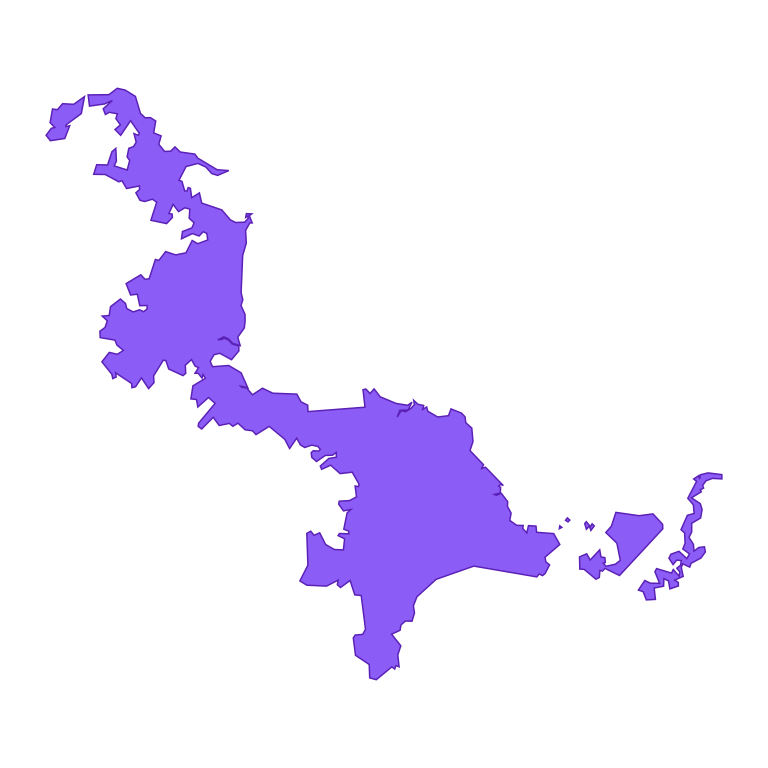 Chiriquí Grande, Bocas del Toro, Panama
{"feature_id": "35544464B7059792376072", "entity_name": "Chiriquí Grande", "entity_type": "district", "adm_level": 2, "iso_a3": "PAN", "parent_name": "Panama", "parent_adm1": "Bocas del Toro", "projection": "albers", "projection_center": [-82.202, 9.003], "detail": "fine", "context": "isolated", "style": "filled", "palette": "violet", "viewbox_px": 768, "rotation_deg": 0, "n_neighbors": 0, "source": "geoboundaries", "source_scale": "gbopen_adm2", "svg_char_len": 6110}
<svg xmlns="http://www.w3.org/2000/svg" viewBox="0 0 768 768"><path d="M88.1,94.9L89.5,106.1L104.4,104.0L112.3,100.5L103.2,108.8L105.4,114.5L109.3,112.3L117.4,113.8L115.9,118.6L120.4,124.9L115.0,129.5L120.7,135.3L130.6,120.7L139.4,133.5L138.2,135.3L134.0,133.6L136.2,142.2L133.5,146.6L128.8,148.3L127.1,156.9L129.7,160.4L127.2,170.0L114.2,165.9L116.4,161.2L115.8,148.4L111.9,151.8L107.6,165.0L96.7,164.7L93.7,174.3L105.2,174.5L118.8,181.8L122.0,180.8L126.6,188.5L139.4,186.0L139.6,189.4L135.9,192.8L140.0,200.3L144.6,201.5L152.4,199.2L156.7,202.2L150.9,220.3L166.6,223.6L172.4,217.5L172.2,214.1L168.9,213.5L173.1,204.4L178.5,211.6L184.9,207.8L189.8,209.1L189.2,218.3L194.1,222.8L191.9,227.9L182.5,231.5L181.5,238.8L192.4,233.6L199.1,236.0L203.2,231.7L206.9,233.5L207.7,240.0L197.8,243.7L192.2,240.5L186.0,252.8L175.7,254.9L165.6,251.6L158.9,260.4L155.4,259.5L149.1,278.8L145.0,279.3L140.8,274.8L126.1,283.6L130.6,295.0L137.3,294.2L139.8,305.7L147.0,305.5L147.2,308.8L143.7,311.7L139.6,309.8L133.2,311.9L126.8,308.6L125.5,303.5L120.4,299.0L110.5,306.7L109.2,315.5L102.2,316.1L107.3,320.8L105.0,327.5L99.9,331.2L100.2,337.6L114.9,340.1L117.0,345.2L123.4,350.4L117.3,354.3L109.3,352.4L101.9,361.8L111.8,374.2L112.8,378.6L116.2,377.0L115.6,372.8L131.6,383.5L131.9,387.7L135.5,386.8L141.5,377.9L148.6,388.6L154.0,382.6L153.6,375.9L163.3,360.2L165.9,360.6L168.7,369.0L183.0,375.6L185.7,373.4L185.3,365.2L191.5,359.6L195.1,366.1L198.5,367.6L195.0,373.3L198.2,373.3L202.0,378.1L203.0,374.5L205.4,378.3L192.9,385.9L190.9,398.9L196.5,399.5L197.8,407.0L208.5,397.5L215.1,403.4L198.6,423.2L198.2,426.4L201.7,429.0L213.2,417.3L219.2,425.5L229.3,423.4L232.8,426.3L238.0,423.2L245.1,429.8L252.5,430.8L256.0,434.6L269.2,426.4L284.8,439.3L289.6,448.5L296.7,438.2L300.3,444.8L304.7,447.5L311.8,445.1L317.9,446.5L320.3,449.4L318.8,451.1L313.3,450.7L311.2,452.7L311.8,457.4L316.5,461.5L325.4,455.4L332.5,455.2L336.2,452.5L336.4,457.2L328.9,458.4L320.3,466.1L321.6,469.3L330.7,465.2L340.1,473.6L352.2,472.2L359.1,484.3L358.4,486.6L355.1,486.0L356.5,496.9L349.5,500.6L339.2,501.2L338.7,504.2L343.5,510.9L350.9,509.5L347.1,512.9L343.8,529.2L348.6,531.1L348.8,533.8L339.4,533.5L338.1,535.6L344.6,538.8L343.4,549.9L334.3,549.5L325.6,544.5L319.7,532.8L314.1,535.3L310.7,531.2L306.8,533.4L307.9,565.2L299.9,580.9L306.8,585.2L326.5,586.1L338.2,580.1L337.3,584.7L340.5,587.5L350.1,580.5L354.8,594.9L361.2,595.5L365.5,629.2L362.7,634.4L355.2,635.0L353.3,638.0L355.5,655.3L369.2,664.5L369.7,677.9L376.3,679.7L391.8,666.9L394.7,669.0L396.0,665.6L399.1,666.8L397.8,654.9L400.8,645.8L391.6,634.2L400.1,630.2L400.9,625.0L405.4,621.0L412.0,621.2L414.5,612.9L413.4,605.9L416.9,596.8L436.2,579.3L473.8,566.1L536.8,576.9L539.2,574.0L542.6,575.6L545.1,573.5L549.6,564.9L545.9,561.9L545.0,557.2L559.8,544.5L553.7,533.6L536.6,532.3L536.0,526.1L528.5,525.6L526.8,532.9L522.7,528.4L523.2,525.5L516.7,525.3L509.8,520.4L511.1,513.1L507.4,506.3L507.7,501.7L501.3,493.3L496.4,495.3L494.4,494.4L500.3,493.0L500.6,487.3L498.7,486.2L500.5,484.4L503.3,485.6L485.5,467.2L481.7,468.4L483.5,464.7L470.0,450.6L473.0,441.5L471.8,428.1L465.8,422.7L465.0,416.8L461.5,413.1L451.0,408.9L448.5,415.7L437.7,417.0L427.9,411.3L426.6,407.0L422.7,409.4L423.7,405.5L417.8,404.2L413.7,400.3L414.4,404.6L411.0,408.3L405.7,411.7L401.1,410.7L397.2,417.1L399.8,410.3L408.1,410.0L412.0,402.2L407.7,405.3L396.0,403.4L380.2,396.8L374.1,388.9L370.1,393.5L365.8,389.0L363.0,389.7L365.0,407.2L308.0,411.6L307.7,405.2L301.0,401.8L296.8,394.1L272.7,393.2L262.5,388.2L252.5,394.8L246.5,387.8L241.9,387.4L240.7,386.2L246.4,387.5L248.4,389.2L241.1,372.8L228.7,365.5L212.5,366.7L210.2,361.3L214.0,354.7L219.8,353.3L231.5,359.7L238.9,350.9L238.8,345.9L232.2,344.0L228.4,340.0L223.8,338.0L222.4,339.3L217.8,339.8L223.9,336.8L228.7,339.1L232.6,343.3L240.2,345.6L237.7,337.2L244.3,328.0L245.1,321.5L245.0,314.3L241.0,305.5L242.8,299.7L241.1,292.6L242.7,255.4L246.3,243.1L245.6,230.4L249.8,222.9L252.2,222.9L249.3,215.7L251.7,213.9L246.4,213.6L245.7,217.4L247.7,216.1L248.3,218.2L244.7,222.2L235.6,222.5L230.4,219.9L221.8,209.9L201.7,203.1L199.4,192.9L191.7,197.7L190.4,188.3L188.2,187.6L187.0,190.9L184.7,191.0L182.0,181.4L179.0,180.3L186.0,166.6L197.9,163.4L205.8,167.0L211.8,173.6L217.6,175.4L228.8,170.6L217.1,169.7L197.7,158.1L194.9,154.1L180.2,152.0L175.0,146.9L170.7,151.2L164.6,151.4L158.8,144.3L161.1,135.9L153.7,132.9L155.7,121.0L150.4,117.6L145.1,117.8L140.4,113.3L135.4,96.4L125.0,90.0L117.2,88.3L108.9,94.7L88.1,94.9ZM639.1,515.7L615.9,512.4L611.4,526.2L605.8,532.5L616.9,543.2L620.3,560.4L615.3,564.2L606.1,566.3L603.2,563.1L605.3,562.5L604.9,557.6L601.0,557.0L599.7,549.8L590.2,560.0L586.7,553.8L579.5,556.9L579.8,569.1L584.1,569.3L595.9,579.2L599.3,577.5L599.9,570.4L602.4,571.1L605.0,568.4L619.5,575.5L662.8,528.8L662.6,524.3L653.0,513.9L639.1,515.7ZM721.8,474.6L708.0,472.9L700.2,474.8L699.7,479.0L698.6,475.7L693.7,479.0L696.6,481.4L687.8,498.3L693.4,504.9L694.1,513.5L687.4,515.3L681.0,529.7L684.6,532.9L685.1,543.2L682.8,549.0L689.5,553.9L686.8,558.6L679.0,551.3L670.9,554.2L668.9,558.2L673.1,564.6L676.7,560.1L681.2,560.5L680.6,565.2L676.8,568.2L679.8,571.9L679.1,576.2L673.3,569.5L671.5,573.1L656.6,568.6L654.9,571.7L659.6,583.3L650.4,583.2L644.8,580.5L638.4,590.1L643.2,591.7L646.3,599.9L655.4,599.4L654.2,588.0L663.6,586.2L663.9,578.7L668.5,580.9L669.9,588.9L678.4,586.0L678.3,582.4L674.7,580.1L683.2,576.4L681.3,567.4L682.8,563.8L689.7,567.1L691.1,563.3L701.0,558.0L705.4,551.9L704.4,546.8L698.8,547.5L694.0,551.1L693.4,544.3L689.0,537.4L691.7,532.0L691.7,523.3L700.6,518.0L702.1,509.6L700.3,503.7L691.5,497.8L701.3,491.8L700.2,489.9L703.6,488.1L702.6,485.5L706.0,480.8L712.4,478.4L721.9,478.9L721.8,474.6ZM50.4,140.7L64.8,138.5L69.7,125.7L66.0,126.6L66.1,124.8L81.3,113.6L84.5,96.6L73.7,104.3L62.6,103.7L57.4,109.7L52.5,109.0L50.1,122.6L54.8,127.5L51.3,128.3L46.1,135.3L50.4,140.7ZM586.4,529.2L589.8,525.9L586.3,521.7L584.7,523.6L586.4,529.2ZM590.9,530.4L594.3,525.9L592.1,523.8L589.9,527.3L590.9,530.4ZM568.0,521.9L569.8,520.1L567.4,517.9L565.5,520.3L568.0,521.9ZM559.3,528.7L561.8,527.4L559.8,525.8L559.3,528.7Z" fill="#8b5cf6" stroke="#5b21b6" stroke-width="1.5"/></svg>